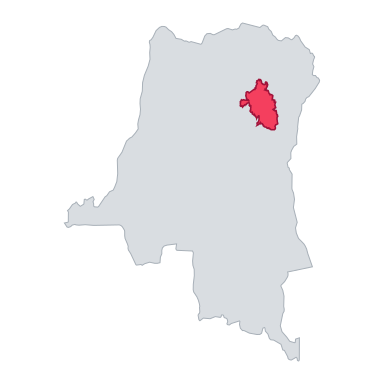 Bafwasende, Orientale, Democratic Republic of the Congo shown in context
{"feature_id": "63176286B50174012793828", "entity_name": "Bafwasende", "entity_type": "district", "adm_level": 2, "iso_a3": "COD", "parent_name": "Democratic Republic of the Congo", "parent_adm1": "Orientale", "projection": "equal_earth", "projection_center": [26.956, 0.799], "detail": "fine", "context": "in_parent", "style": "filled", "palette": "rose", "viewbox_px": 384, "rotation_deg": 0, "n_neighbors": 0, "source": "geoboundaries", "source_scale": "gbopen_adm2", "svg_char_len": 8892}
<svg xmlns="http://www.w3.org/2000/svg" viewBox="0 0 384 384"><path d="M312.4,266.8L287.6,272.0L288.1,273.9L287.9,275.9L287.2,277.4L284.7,281.5L281.0,285.3L280.9,286.2L282.8,290.4L284.0,296.2L283.7,306.4L284.2,309.1L284.1,311.2L282.8,313.6L280.3,325.8L282.0,331.7L286.8,337.2L289.7,341.3L294.5,342.7L295.2,342.5L295.6,339.1L299.4,337.8L299.3,359.5L299.0,360.7L298.3,361.0L297.4,360.3L297.1,358.2L296.1,357.3L291.4,360.0L290.2,359.9L288.9,359.4L288.0,358.3L287.7,356.7L284.4,350.4L282.8,350.0L281.0,344.3L273.7,340.1L270.8,339.8L269.4,338.5L267.9,334.0L265.4,331.2L264.9,328.0L264.4,327.5L262.9,328.2L261.6,333.2L259.9,334.4L256.9,334.5L249.3,333.1L243.9,330.5L242.5,330.6L240.4,328.3L239.5,324.4L239.9,321.4L239.5,320.9L231.3,323.5L229.3,325.0L227.4,324.6L226.9,323.8L227.7,321.7L227.3,319.5L226.6,318.4L224.2,317.6L223.4,315.2L221.9,314.8L221.4,315.2L221.1,316.8L220.2,317.4L215.3,316.6L210.1,318.7L203.3,318.1L200.0,320.7L199.5,320.6L198.8,319.3L198.1,315.2L198.5,314.1L199.5,313.3L199.8,311.6L199.5,307.4L199.8,306.3L199.4,303.9L198.3,300.0L196.9,296.8L193.7,292.0L193.2,289.7L193.3,284.3L194.3,275.8L194.2,269.4L192.9,265.3L192.6,260.9L193.4,252.9L192.5,251.0L176.9,250.3L176.2,249.7L175.9,248.6L176.6,243.9L167.0,245.1L164.2,246.0L162.4,247.9L161.8,250.4L161.8,253.8L160.4,257.1L160.0,262.7L157.4,263.3L154.7,263.3L149.6,262.2L144.7,263.7L142.2,265.3L141.0,264.5L136.5,265.1L135.9,264.7L130.7,253.6L128.4,250.0L128.0,248.2L128.2,246.4L127.5,244.1L125.1,238.5L124.7,235.8L124.7,231.7L124.5,230.3L122.3,226.7L120.9,225.5L119.3,224.9L93.7,225.4L85.2,224.7L79.0,225.2L75.9,224.9L75.0,224.4L72.2,225.1L70.7,226.6L68.5,227.4L67.1,227.1L64.4,223.0L68.0,222.2L68.3,221.8L68.4,212.0L67.5,210.6L69.4,208.9L72.5,204.5L75.5,203.0L75.9,202.1L76.6,202.1L77.7,204.0L80.3,206.3L83.6,204.3L83.9,203.7L84.3,199.4L85.2,199.1L86.6,200.0L87.3,200.0L88.8,198.8L92.9,196.6L94.2,199.4L93.0,201.8L93.6,203.5L93.7,206.2L94.4,206.8L97.7,207.1L98.6,206.5L105.1,196.8L106.8,195.7L109.5,191.8L113.2,190.1L114.7,187.0L116.8,181.6L117.7,173.7L117.3,160.2L117.7,158.3L122.0,152.2L126.5,141.1L129.6,138.2L131.9,137.0L135.4,133.0L138.2,128.9L137.8,124.0L138.5,119.9L140.0,114.7L140.5,109.3L140.0,103.5L140.2,98.8L142.3,91.2L142.6,82.6L144.4,75.3L148.2,66.1L150.0,59.3L149.7,52.5L150.2,47.5L150.0,44.6L149.3,42.1L149.7,40.5L151.1,39.8L152.9,37.3L156.1,30.6L159.5,27.4L161.9,26.4L164.4,26.5L166.0,27.1L168.6,29.7L171.6,31.7L173.8,34.3L176.0,38.4L181.3,39.3L183.6,40.7L185.0,41.3L185.5,40.9L186.6,41.1L189.1,42.3L191.1,41.6L200.9,44.3L202.1,43.0L204.8,36.0L206.9,33.7L210.3,33.4L212.9,34.7L214.3,34.7L226.4,28.8L228.0,28.5L232.4,29.9L235.2,29.0L236.4,29.3L238.8,28.2L240.9,24.1L242.5,23.0L259.9,27.5L262.6,25.3L263.8,25.1L267.7,26.7L268.9,29.3L271.2,31.4L272.8,35.1L275.4,37.1L276.7,39.0L278.3,40.4L281.4,40.9L285.4,37.6L288.3,37.9L291.1,39.7L292.1,39.6L294.2,37.7L295.4,35.7L296.5,35.2L298.1,36.1L299.5,38.0L300.7,40.8L305.1,47.0L309.3,49.7L310.4,53.5L311.9,53.1L312.6,53.5L313.7,55.9L314.5,56.4L314.6,57.4L313.6,59.7L312.6,64.0L313.9,66.7L312.8,70.6L312.3,74.6L313.6,75.6L315.4,75.5L317.0,77.6L318.3,78.0L319.6,80.2L319.3,82.0L315.2,88.6L308.9,96.6L306.8,97.6L305.7,99.0L305.0,101.4L303.2,103.4L301.8,104.2L301.6,110.0L299.5,116.0L298.7,117.2L297.6,127.0L297.8,128.6L296.6,136.6L296.8,144.1L293.8,146.4L291.7,150.1L290.8,152.6L290.9,158.6L287.4,162.4L287.2,163.2L288.1,167.4L289.3,168.1L289.3,169.6L292.1,174.1L291.9,188.2L292.1,189.6L293.5,193.0L294.5,199.3L293.4,207.5L297.2,222.3L295.5,227.8L296.3,233.0L298.5,238.4L303.8,243.8L305.2,246.0L306.6,249.0L307.8,253.6L312.4,266.8Z" fill="#d9dde1" stroke="#a8b0b8" stroke-width="1"/><path d="M262.9,83.9L262.7,83.7L262.4,83.8L262.3,83.7L262.1,83.6L262.1,83.4L261.5,82.9L261.4,82.7L261.5,82.3L261.5,82.0L261.3,81.5L261.4,81.4L261.3,81.2L261.2,80.7L260.9,80.4L260.7,79.8L260.5,79.7L260.4,80.2L260.0,80.1L259.7,80.5L259.5,80.1L259.3,80.0L259.2,79.4L258.9,79.3L257.5,81.0L257.3,81.1L257.2,80.7L256.9,80.8L257.0,81.1L256.9,81.6L256.6,81.9L256.4,82.4L256.4,82.8L256.7,82.8L256.9,83.0L257.2,83.2L257.3,83.4L257.1,84.0L256.8,84.6L256.1,85.5L256.0,86.0L256.1,86.3L256.1,86.5L255.8,87.1L255.9,88.2L255.4,88.5L255.1,88.3L255.1,89.0L254.9,89.6L254.6,89.6L254.1,89.3L249.1,93.0L248.7,92.4L247.9,91.8L247.5,91.7L246.9,91.8L246.1,92.6L246.1,94.1L245.8,95.5L246.0,95.8L245.9,96.2L246.4,97.4L246.3,97.6L246.5,98.9L246.8,99.0L247.0,99.0L247.1,99.4L247.6,99.6L247.7,99.8L248.0,99.7L248.3,99.8L248.7,100.5L244.6,100.1L244.3,100.1L244.1,99.8L243.9,99.7L243.4,99.7L243.1,99.7L242.6,100.3L242.0,100.3L241.4,99.8L240.9,101.0L240.3,101.6L240.6,102.2L240.5,102.3L240.2,103.0L240.4,103.5L240.5,104.7L240.2,105.2L240.3,105.9L240.6,106.2L240.8,106.3L241.1,105.9L241.3,106.1L241.5,106.1L241.5,105.9L241.8,106.0L241.8,106.4L241.9,106.5L242.3,106.5L242.4,106.4L242.4,106.1L242.6,106.2L242.7,107.0L243.1,106.6L243.0,106.0L243.1,105.9L243.5,105.7L243.5,105.9L243.9,105.5L244.2,105.4L244.7,105.5L244.7,104.8L244.8,104.7L245.3,104.6L245.9,104.8L246.1,104.7L246.5,103.8L246.6,103.7L246.8,103.8L247.1,103.2L247.8,103.1L248.6,102.3L248.9,102.4L249.2,103.1L249.4,104.1L249.6,104.5L249.4,104.5L249.3,104.8L249.5,105.0L249.4,105.1L249.7,105.2L249.7,105.4L249.8,105.4L249.9,105.5L250.0,105.5L249.8,105.6L249.7,105.9L249.8,106.0L249.9,105.8L250.0,106.0L249.9,106.2L250.0,106.3L250.1,106.2L250.3,105.9L250.5,105.9L250.5,106.0L250.8,105.9L250.8,106.0L250.8,107.8L250.5,109.1L250.7,109.3L250.6,110.6L250.4,110.8L250.2,110.6L250.0,111.0L250.3,111.3L250.5,111.7L250.7,112.1L251.1,112.1L251.3,112.3L251.6,112.4L252.3,112.1L252.5,112.5L252.4,113.1L252.2,113.6L252.2,113.8L252.3,114.0L252.9,114.2L253.0,114.1L253.2,114.3L253.4,114.6L253.8,114.7L253.8,114.9L254.2,115.4L254.3,115.3L254.6,115.2L254.7,114.9L254.8,115.2L255.0,115.9L255.1,116.0L255.5,116.0L255.9,117.1L256.4,117.3L256.6,118.3L256.7,118.0L257.1,117.9L257.2,117.6L257.1,117.3L257.2,117.1L257.7,116.9L258.4,116.5L258.5,116.1L258.5,115.8L259.0,115.9L259.1,116.6L258.9,117.1L259.0,117.1L259.0,119.3L258.7,121.1L258.3,121.6L258.1,122.1L258.1,122.4L257.7,122.6L257.3,122.7L257.0,123.0L257.0,123.8L257.1,124.2L257.3,124.6L257.3,124.9L257.1,125.3L257.8,124.9L258.4,124.7L258.9,124.2L259.0,123.9L259.5,123.5L259.8,123.8L260.1,123.7L260.2,123.4L260.0,123.2L260.0,122.9L260.2,122.7L260.2,122.8L260.4,122.8L260.8,123.1L260.8,123.3L261.0,123.1L261.7,123.8L261.9,123.9L262.0,123.8L262.2,124.0L262.4,123.9L262.4,124.2L262.7,124.5L262.9,124.6L263.2,124.9L263.1,125.2L263.3,125.3L263.3,125.8L263.4,126.0L263.9,126.0L263.9,126.3L264.1,126.6L264.9,127.0L266.3,127.2L266.4,127.4L266.9,127.6L267.0,128.1L267.1,128.3L267.9,128.3L268.1,128.2L268.5,127.9L268.8,127.8L269.0,128.5L269.2,128.8L269.6,128.6L269.8,128.6L270.0,129.0L270.3,129.2L270.4,129.3L270.6,129.3L270.8,129.6L271.1,129.7L274.4,129.7L274.5,129.5L274.8,129.4L274.9,129.1L275.0,128.9L275.3,128.8L275.4,128.4L275.4,127.5L275.3,127.0L274.9,126.3L275.0,126.0L275.5,125.5L275.6,124.9L275.8,124.7L276.2,124.6L276.7,124.5L277.2,124.0L277.6,124.0L277.8,123.7L277.6,123.3L277.6,122.6L277.3,121.8L277.3,120.8L277.1,120.0L277.1,119.9L277.1,119.4L276.9,119.1L277.1,118.7L277.0,118.2L277.1,117.8L277.0,117.5L277.1,117.3L277.1,117.1L277.4,116.9L277.4,116.7L277.5,116.7L277.8,116.2L277.5,115.7L277.3,115.6L277.5,115.0L277.3,114.7L277.1,114.8L277.0,114.5L276.8,114.5L276.7,114.2L276.6,113.9L276.4,113.4L276.4,113.1L276.5,113.0L276.5,112.8L276.5,112.2L276.4,112.1L276.3,111.8L276.2,111.7L276.3,111.6L276.3,111.2L276.0,111.1L276.1,110.9L276.1,110.6L275.9,110.6L275.8,110.4L275.2,110.4L274.8,110.3L274.6,110.1L274.5,110.3L274.4,110.1L274.1,110.3L273.6,110.1L273.2,109.6L273.0,109.4L273.8,108.9L274.3,108.8L274.7,108.2L275.1,107.7L275.6,107.9L275.8,107.5L274.8,105.4L275.0,105.2L274.9,105.1L274.8,104.7L275.1,103.7L275.7,102.1L275.4,102.0L275.0,102.3L274.7,102.3L274.6,102.1L274.5,102.3L274.3,102.1L274.2,102.1L274.1,101.9L274.7,100.6L274.8,100.2L274.7,100.1L274.4,100.1L274.0,100.0L273.7,100.2L273.3,99.8L273.1,99.8L272.8,99.7L272.7,99.8L272.4,99.6L272.2,99.7L272.2,98.7L272.6,98.2L272.4,97.1L272.7,96.9L272.8,96.8L272.6,96.5L272.5,96.3L272.8,95.5L271.8,94.8L271.7,94.6L271.4,94.6L271.2,94.7L270.8,94.7L270.5,94.4L270.3,94.7L270.0,94.8L269.9,94.4L269.8,94.2L269.4,93.9L269.2,93.4L268.9,93.2L268.8,92.8L268.7,92.0L268.5,91.7L268.3,91.2L268.3,90.8L268.1,90.6L267.9,90.5L267.6,90.7L267.3,90.7L267.3,90.4L267.0,90.2L266.6,90.3L266.4,90.5L266.2,90.5L266.0,90.3L265.5,90.2L264.9,90.0L265.2,89.8L265.2,89.5L265.3,89.6L265.6,89.3L265.6,89.5L265.8,89.7L266.0,89.6L266.1,89.3L266.1,88.8L266.3,88.5L266.3,88.2L266.4,87.7L266.8,86.9L267.2,86.8L267.3,86.6L267.0,85.7L267.2,85.4L267.0,85.1L267.6,85.1L267.8,84.9L267.4,84.2L267.4,83.8L267.1,83.5L267.1,82.9L266.7,82.6L266.7,82.3L266.5,82.2L266.2,82.4L265.9,82.0L265.7,82.0L265.6,82.3L265.4,82.4L265.3,82.7L265.6,83.3L265.6,83.5L265.3,83.6L265.3,83.9L265.1,84.4L264.9,84.4L264.7,84.6L264.2,84.7L263.8,84.4L263.3,84.5L263.1,84.4L262.9,84.2L262.9,83.9Z" fill="#f43f5e" stroke="#9f1239" stroke-width="1.5"/></svg>